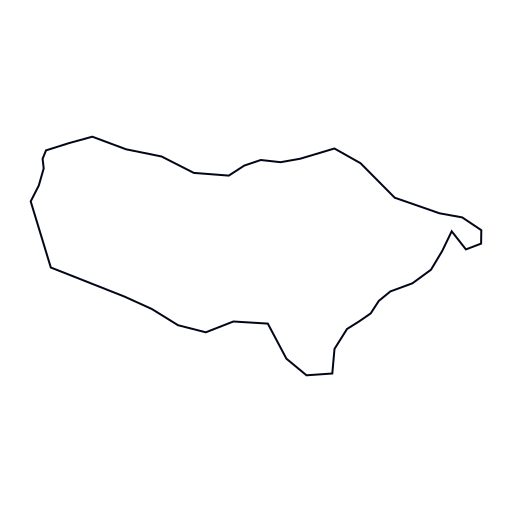 map outline of Bahoruco (Albers equal-area conic projection)
{"feature_id": "DOM-1969", "entity_name": "Bahoruco", "entity_type": "Province", "adm_level": 1, "iso_a3": "DOM", "parent_name": "Dominican Republic", "parent_adm1": "", "projection": "albers", "projection_center": [-71.289, 18.493], "detail": "fine", "context": "isolated", "style": "outline", "palette": "ink", "viewbox_px": 512, "rotation_deg": 0, "n_neighbors": 0, "source": "natural_earth", "source_scale": "10m", "svg_char_len": 647}
<svg xmlns="http://www.w3.org/2000/svg" viewBox="0 0 512 512"><path d="M205.8,332.3L178.0,325.2L152.0,309.1L124.5,296.6L50.8,267.5L30.7,201.4L38.8,185.5L43.7,168.4L42.6,158.8L46.0,150.4L69.0,143.1L92.3,136.7L126.1,149.3L161.6,156.5L193.8,172.9L228.8,175.6L244.2,165.6L260.8,160.0L280.6,162.2L300.3,158.7L334.4,148.5L360.5,163.2L394.7,197.7L439.5,213.3L462.2,217.4L481.3,230.2L481.1,243.6L465.9,249.4L451.7,231.3L442.2,251.0L431.0,269.7L412.4,283.3L390.4,291.4L378.8,300.9L370.7,313.4L359.1,321.4L347.0,329.0L334.5,348.9L332.3,373.5L306.5,375.3L286.4,358.7L267.8,323.6L233.4,321.5L205.8,332.3Z" fill="none" stroke="#020617" stroke-width="2"/></svg>